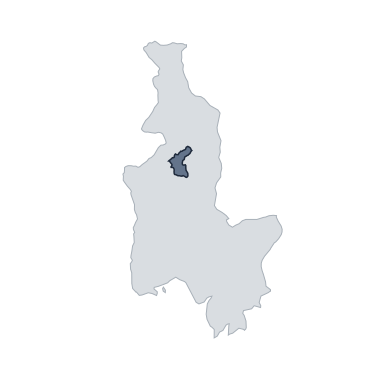 Phungso, Ryanggang, North Korea (highlighted), rotated 307°
{"feature_id": "82179303B38580271965004", "entity_name": "Phungso", "entity_type": "district", "adm_level": 2, "iso_a3": "PRK", "parent_name": "North Korea", "parent_adm1": "Ryanggang", "projection": "equal_earth", "projection_center": [127.952, 40.858], "detail": "fine", "context": "in_parent", "style": "filled", "palette": "slate", "viewbox_px": 384, "rotation_deg": 307, "n_neighbors": 0, "source": "geoboundaries", "source_scale": "gbopen_adm2", "svg_char_len": 4963}
<svg xmlns="http://www.w3.org/2000/svg" viewBox="0 0 384 384"><g transform="rotate(307 192 192)"><path d="M224.0,273.7L222.7,274.4L220.5,278.5L218.5,283.6L216.5,286.4L214.2,288.0L211.7,288.9L206.8,289.3L202.4,288.9L201.0,288.3L194.9,288.7L193.1,289.0L184.4,288.6L179.8,289.1L176.9,290.1L174.0,292.2L171.4,295.3L169.1,298.7L164.5,304.8L161.3,307.8L161.3,312.1L161.2,313.5L160.0,314.4L159.7,314.0L157.8,313.6L150.4,309.7L144.2,312.1L142.6,315.3L141.0,316.3L138.6,310.1L134.6,309.9L128.3,304.5L125.6,305.6L124.9,307.8L121.4,312.8L116.4,316.9L114.9,317.4L113.1,317.1L113.4,316.0L111.4,311.4L103.8,309.5L101.0,307.5L99.6,307.1L107.2,302.0L109.2,301.0L107.7,299.8L106.1,299.3L100.0,300.0L96.7,298.3L92.1,298.9L88.8,297.5L95.6,292.5L96.0,289.5L95.9,287.3L99.4,280.6L102.9,276.9L111.8,271.6L115.7,270.9L118.5,271.1L120.8,270.6L118.4,268.6L116.1,267.7L111.5,267.9L106.8,264.9L106.4,261.7L115.9,241.7L116.0,239.9L114.6,235.0L114.2,230.3L107.7,227.6L104.8,227.2L96.4,221.9L93.1,219.2L91.7,220.0L91.4,224.3L90.2,225.2L88.0,226.0L86.9,221.2L85.2,217.7L79.7,214.1L77.7,212.1L78.7,207.8L78.3,207.5L79.2,202.7L82.7,199.0L91.2,192.5L93.4,189.4L97.7,185.8L99.6,185.9L101.6,185.5L102.2,184.0L102.7,182.7L104.4,181.6L108.5,179.6L113.2,177.0L116.9,176.3L121.5,172.4L123.4,170.6L125.2,170.6L125.7,169.8L126.8,167.8L128.3,166.5L130.3,166.2L133.6,165.3L137.7,164.7L140.5,161.4L141.5,159.1L143.4,156.5L147.3,153.7L150.1,149.5L153.1,145.0L154.5,143.6L155.9,143.3L156.8,141.6L157.8,136.8L159.2,132.2L160.0,130.0L163.5,127.6L164.4,126.4L165.1,126.0L166.7,126.3L168.9,124.9L170.9,123.4L172.7,123.9L174.6,125.2L176.5,127.8L177.4,129.8L178.9,131.6L179.2,134.0L180.8,135.1L184.0,135.7L189.4,137.4L192.9,137.5L194.9,138.7L199.0,139.4L207.3,138.4L210.7,139.0L212.1,140.6L214.2,141.8L215.6,141.9L217.4,139.8L219.4,136.3L220.7,133.7L220.6,131.6L219.5,129.3L216.8,127.2L215.0,124.0L213.3,120.6L212.3,119.5L211.4,117.9L211.3,115.4L211.9,113.7L216.0,112.6L221.3,111.9L225.5,112.6L232.7,112.2L237.1,111.2L240.3,111.4L243.3,111.3L244.6,109.9L248.8,106.5L250.8,105.2L253.0,102.9L253.3,100.5L253.8,98.5L255.0,96.4L257.2,93.8L259.0,92.6L261.1,92.7L263.3,93.9L264.7,95.1L266.2,94.8L267.5,92.7L268.4,92.4L270.9,92.2L271.6,90.9L272.5,84.9L273.5,80.2L273.6,76.9L275.8,71.4L276.5,68.1L277.8,66.6L279.3,66.7L280.6,67.7L282.2,68.2L284.4,67.7L285.9,68.5L286.8,70.3L290.0,71.5L290.3,72.4L290.3,78.4L292.1,81.1L294.4,83.7L297.7,85.9L299.4,86.5L300.4,88.1L301.4,90.9L303.8,93.7L305.0,95.7L305.2,97.8L306.3,99.0L304.5,100.3L302.1,99.5L298.1,99.0L293.0,103.1L290.2,104.6L288.3,108.6L284.3,111.0L282.2,113.5L279.4,118.0L277.5,122.2L273.3,126.6L270.8,132.1L270.7,136.9L273.5,141.7L273.8,145.8L271.9,154.3L273.1,163.4L271.9,166.9L258.7,173.1L255.3,176.2L250.4,184.3L244.5,187.3L240.8,190.6L235.7,192.5L232.4,198.2L228.8,201.5L224.5,203.4L221.3,205.9L214.1,206.1L209.1,207.9L205.4,212.6L194.6,218.1L193.1,222.2L193.8,228.5L193.8,233.4L192.9,237.4L190.5,236.3L189.2,237.6L187.8,241.3L188.2,245.5L191.9,246.9L195.0,248.7L199.3,249.5L202.5,251.5L209.2,260.4L214.8,264.4L216.2,265.8L219.4,267.8L222.3,270.9L224.0,273.7ZM97.6,229.8L95.6,231.2L95.5,228.7L97.1,226.7L98.8,226.4L97.6,229.8Z" fill="#d9dde1" stroke="#a8b0b8" stroke-width="1"/><path d="M225.9,161.2L225.0,160.8L224.4,160.5L223.4,160.7L222.9,160.9L222.2,161.1L221.3,160.8L220.6,160.3L219.8,159.9L219.1,159.6L218.5,159.5L218.1,159.1L217.9,158.5L217.2,158.5L216.5,158.4L215.9,158.2L215.2,158.2L214.1,158.4L213.8,158.4L213.4,158.4L213.1,157.9L212.7,157.4L212.5,156.7L212.4,156.2L212.4,155.9L211.8,155.8L211.1,155.9L210.4,156.1L209.9,156.3L209.4,156.8L208.9,156.8L208.4,156.7L207.9,156.1L207.6,155.7L206.3,155.6L205.2,155.3L204.2,155.1L203.4,154.8L202.7,154.7L202.8,154.9L202.9,155.4L202.9,155.9L202.7,156.7L202.5,157.1L202.4,157.6L202.3,158.1L202.2,158.7L202.0,159.2L201.8,159.5L201.6,159.7L201.4,159.8L200.9,160.0L200.4,160.1L199.7,160.0L199.1,160.5L199.9,161.7L200.0,161.9L200.1,162.2L200.1,162.5L200.0,162.8L200.0,163.0L199.7,163.5L199.3,164.1L198.9,164.5L197.6,165.3L196.9,165.9L196.2,166.5L195.8,167.0L195.7,167.3L195.6,167.6L195.8,168.1L196.2,168.9L196.3,169.7L196.4,170.3L196.4,170.5L196.5,170.8L196.6,171.1L197.2,171.8L197.5,172.3L197.9,173.3L198.0,173.5L198.3,173.8L198.5,174.4L198.7,174.6L199.2,174.7L199.5,174.8L199.8,175.1L199.8,175.3L200.1,177.2L200.1,177.8L200.1,178.1L200.2,178.4L200.3,178.7L200.5,178.9L200.7,179.0L201.0,179.1L201.3,179.1L202.3,179.1L202.7,178.8L203.7,178.0L204.3,177.5L204.8,176.6L205.2,175.5L205.8,174.1L206.6,173.4L207.3,172.7L208.5,171.8L209.4,171.1L209.7,170.3L208.8,169.5L208.3,168.9L208.2,167.9L209.2,166.8L210.5,166.2L211.5,165.7L212.4,165.9L213.0,166.2L213.7,166.1L214.7,165.5L215.7,165.2L216.4,165.4L217.0,165.8L218.0,166.0L218.9,166.7L219.6,166.7L220.1,166.8L221.0,167.1L221.7,167.1L222.4,167.1L223.1,166.8L223.6,166.8L224.0,166.8L224.3,166.8L224.7,166.8L225.0,166.9L225.2,166.0L225.3,165.8L226.1,164.4L226.2,163.9L226.2,163.0L226.1,162.4L225.9,161.4L225.9,161.2Z" fill="#64748b" stroke="#1e293b" stroke-width="1.5"/></g></svg>